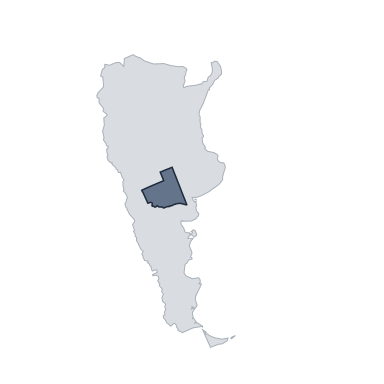 where La Pampa sits in Argentina, rotated 337°
{"feature_id": "ARG-1296", "entity_name": "La Pampa", "entity_type": "Province", "adm_level": 1, "iso_a3": "ARG", "parent_name": "Argentina", "parent_adm1": "", "projection": "albers", "projection_center": [-66.048, -37.163], "detail": "fine", "context": "in_parent", "style": "filled", "palette": "slate", "viewbox_px": 384, "rotation_deg": 337, "n_neighbors": 0, "source": "natural_earth", "source_scale": "10m", "svg_char_len": 5383}
<svg xmlns="http://www.w3.org/2000/svg" viewBox="0 0 384 384"><g transform="rotate(337 192 192)"><path d="M231.1,119.8L228.7,123.3L228.9,125.8L226.5,131.5L226.9,132.7L225.1,135.4L225.4,138.4L224.4,141.2L224.5,144.9L223.7,145.9L222.4,146.1L221.0,151.1L221.8,156.1L220.7,157.0L222.3,160.7L227.6,164.3L230.1,167.7L230.1,169.1L228.5,170.9L228.1,172.5L228.8,174.9L230.0,176.4L232.6,177.5L232.7,180.7L232.0,182.7L226.4,189.5L225.0,192.6L220.2,195.4L208.0,198.3L198.7,199.1L193.4,198.6L190.0,197.0L190.1,201.1L191.8,202.3L190.9,202.4L191.6,203.2L191.0,206.5L189.9,207.1L189.0,209.9L188.9,212.3L189.9,214.3L188.8,216.3L184.8,218.2L180.1,218.5L171.6,215.1L171.9,214.6L171.4,214.4L170.0,215.0L169.4,217.8L170.3,222.1L170.0,225.8L170.5,227.0L173.6,228.5L173.3,230.0L174.3,230.1L176.5,229.8L176.8,228.6L175.7,228.2L178.7,227.3L179.8,228.9L179.8,232.7L179.2,233.7L176.9,234.3L176.2,234.1L175.0,231.4L173.9,230.9L170.5,232.2L170.1,233.1L174.9,235.1L171.4,237.0L168.5,240.5L168.4,247.1L167.7,248.9L165.8,250.5L165.5,251.8L166.1,252.5L165.9,253.7L162.2,253.3L159.6,255.3L157.3,256.0L153.0,263.4L153.7,266.9L158.5,272.0L164.4,273.4L165.1,275.1L164.9,277.1L164.2,278.3L162.0,279.4L163.9,279.4L164.7,280.5L154.3,289.7L153.0,292.4L152.5,297.9L151.7,299.1L149.6,300.2L148.2,299.1L147.0,297.1L147.1,298.7L145.2,299.4L147.5,299.4L148.6,300.7L145.5,302.8L144.7,304.6L144.3,307.1L143.2,308.6L144.1,308.3L145.1,313.2L142.7,313.6L145.7,314.4L149.3,319.8L149.0,320.3L148.9,319.7L139.9,317.5L127.9,317.7L128.0,317.0L125.1,314.1L125.6,312.0L125.0,310.2L125.5,308.5L125.0,306.5L123.9,305.9L120.1,307.3L117.5,302.0L117.5,299.0L116.7,297.2L117.2,294.7L119.2,294.4L119.7,291.8L122.1,289.6L122.0,287.1L123.5,285.7L123.8,284.4L122.2,281.3L123.0,277.7L125.7,274.9L125.2,271.6L126.7,269.8L125.3,265.4L126.7,263.4L125.9,262.4L125.8,260.1L127.3,259.4L128.2,256.7L126.5,254.5L123.5,254.0L123.2,252.8L128.6,252.4L129.1,250.5L128.7,249.5L124.6,249.2L124.5,246.6L125.3,244.9L124.5,243.4L124.7,241.8L123.5,239.7L124.5,238.6L121.6,236.5L121.4,232.7L122.0,231.7L121.5,229.7L123.8,227.6L122.5,224.1L122.3,217.1L121.8,215.2L123.2,212.3L122.3,210.4L123.3,208.9L122.7,205.4L124.0,205.0L124.6,198.8L127.7,196.8L128.3,195.5L125.7,187.8L125.8,184.9L125.2,183.6L125.7,181.8L125.1,179.3L125.9,176.3L128.1,175.0L128.3,174.0L130.5,171.8L130.2,166.8L129.1,164.3L130.2,163.3L130.9,159.5L132.5,155.4L134.0,154.6L133.5,150.1L133.9,145.9L131.8,145.3L132.2,142.3L131.4,141.6L130.9,138.5L129.4,135.9L129.2,134.6L130.0,133.8L128.4,132.8L127.2,130.4L127.3,128.0L127.5,126.5L129.2,125.2L128.8,124.1L130.0,119.3L131.7,119.0L132.6,117.3L131.6,116.4L131.7,113.6L130.8,109.5L132.3,107.4L133.5,101.0L137.3,96.4L139.8,89.3L141.9,89.1L144.2,87.5L141.7,83.0L143.2,80.1L141.4,74.0L141.9,71.7L143.2,70.4L141.6,68.1L142.0,66.2L144.2,64.0L151.8,60.6L154.8,51.3L153.1,49.6L157.3,44.2L160.4,43.2L161.6,40.4L165.6,43.1L172.5,43.2L175.9,44.3L178.3,49.8L182.0,42.7L191.5,42.6L193.3,45.3L196.8,48.4L199.2,52.5L206.7,59.2L216.3,62.8L222.1,67.5L228.9,71.6L232.3,72.7L234.7,75.5L235.2,77.4L233.5,78.7L232.1,81.4L230.1,82.9L229.2,84.6L229.1,86.9L225.2,91.2L225.2,92.8L228.8,92.8L237.4,95.3L241.6,95.7L242.9,96.6L245.4,94.8L249.0,96.0L251.8,92.6L254.3,92.2L257.2,89.9L258.8,87.0L260.2,80.4L261.6,81.0L264.1,80.4L266.2,82.0L267.3,87.8L266.2,93.2L264.9,95.2L262.1,96.1L260.5,97.4L256.2,98.1L253.6,100.7L248.2,103.2L248.3,104.8L246.7,104.6L237.0,114.9L231.1,119.8ZM148.3,342.2L148.0,322.9L150.3,326.7L149.2,326.5L148.9,328.3L150.8,328.6L151.8,330.9L156.0,335.1L162.1,339.2L168.1,340.5L166.4,342.6L160.5,343.6L157.0,342.5L148.3,342.2ZM170.5,341.8L172.3,341.1L175.9,341.1L171.2,342.5L170.5,341.8ZM192.9,200.2L192.8,201.0L191.6,199.7L192.9,200.2Z" fill="#d9dde1" stroke="#a8b0b8" stroke-width="1"/><path d="M170.3,170.5L170.4,169.1L170.5,161.3L175.0,161.3L179.0,161.4L183.4,161.5L183.3,164.0L183.2,166.1L183.1,170.3L183.1,170.6L183.0,174.5L182.9,176.6L182.9,178.7L182.8,182.7L182.6,186.8L182.6,187.2L182.5,191.8L182.4,196.9L182.2,201.6L181.6,201.5L181.3,201.4L181.1,201.1L180.2,200.5L179.9,200.3L179.8,200.2L179.6,199.9L179.4,199.7L179.2,199.5L178.7,199.4L177.9,198.5L177.8,198.4L177.5,198.4L177.4,198.3L176.9,198.0L174.5,197.0L174.0,197.0L172.0,196.6L171.9,196.7L171.6,196.6L171.1,196.7L170.9,196.5L169.9,196.5L168.8,196.7L168.5,196.7L168.1,196.8L167.9,196.7L167.7,196.6L167.0,196.3L166.7,196.2L166.3,196.3L166.2,196.4L166.0,196.5L165.9,196.6L165.7,196.6L165.5,196.4L165.4,196.4L165.1,196.4L164.9,196.3L164.9,196.2L164.5,196.2L164.2,196.0L163.9,195.9L161.9,195.7L161.0,195.8L160.7,195.8L159.8,195.6L159.6,195.6L159.4,195.5L159.4,195.4L159.3,194.9L159.2,194.7L159.0,194.4L158.8,194.2L158.6,194.1L158.2,194.0L158.0,193.9L157.9,193.8L157.7,193.6L157.3,193.6L157.1,193.5L156.9,193.4L156.6,193.3L155.9,192.9L155.7,192.8L155.6,192.7L155.3,192.2L155.1,191.7L155.0,191.4L154.9,191.1L154.6,191.0L154.0,191.2L153.7,191.4L153.5,191.5L152.9,191.4L152.8,191.5L152.2,191.5L151.9,191.4L151.7,191.2L151.5,190.9L151.1,190.1L150.9,189.8L150.6,189.7L150.3,189.8L150.2,189.8L150.1,189.7L149.9,189.4L149.8,189.2L149.9,188.6L150.0,188.3L150.2,188.1L150.7,187.7L150.9,187.4L151.0,187.1L151.0,186.7L150.9,186.4L150.7,186.1L150.5,185.8L150.3,185.6L149.9,185.4L147.0,185.1L146.8,178.4L146.7,173.2L146.4,172.1L146.4,171.9L146.4,171.5L146.4,170.9L146.5,170.7L155.0,170.5L155.6,170.5L158.9,170.5L163.0,170.5L163.3,170.5L170.0,170.5L170.3,170.5Z" fill="#64748b" stroke="#1e293b" stroke-width="1.5"/></g></svg>